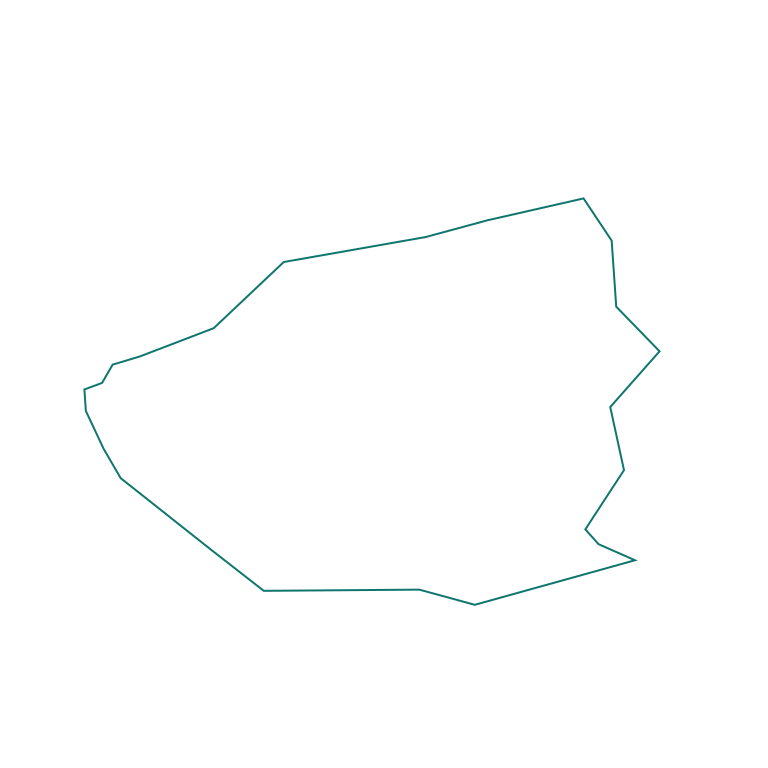 the district of Rafael Fernandes, Rio Grande do Norte, Brazil, rotated 195°
{"feature_id": "56859067B30236732914400", "entity_name": "Rafael Fernandes", "entity_type": "district", "adm_level": 2, "iso_a3": "BRA", "parent_name": "Brazil", "parent_adm1": "Rio Grande do Norte", "projection": "albers", "projection_center": [-38.222, -6.202], "detail": "fine", "context": "isolated", "style": "outline", "palette": "teal", "viewbox_px": 768, "rotation_deg": 195, "n_neighbors": 0, "source": "geoboundaries", "source_scale": "gbopen_adm2", "svg_char_len": 465}
<svg xmlns="http://www.w3.org/2000/svg" viewBox="0 0 768 768"><g transform="rotate(195 384 384)"><path d="M126.3,486.9L179.7,518.8L201.2,581.4L239.3,614.9L326.3,569.0L381.9,536.7L512.4,475.9L562.9,393.9L627.0,347.4L651.1,332.5L656.6,312.1L672.0,301.2L665.0,280.8L638.1,248.9L614.0,224.9L508.5,179.3L446.6,153.1L296.7,194.5L239.2,194.2L96.0,278.7L135.3,284.8L151.9,295.7L129.9,362.9L159.5,420.3L126.3,486.9Z" fill="none" stroke="#0f766e" stroke-width="2"/></g></svg>